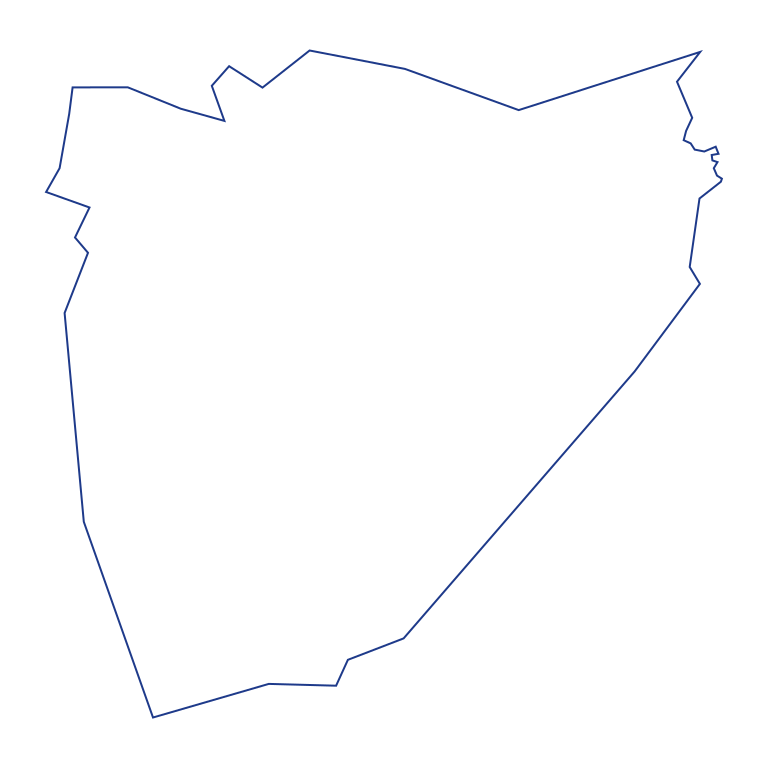 Van Buren, Tennessee, United States of America
{"feature_id": "52423323B15759213794066", "entity_name": "Van Buren", "entity_type": "district", "adm_level": 2, "iso_a3": "USA", "parent_name": "United States of America", "parent_adm1": "Tennessee", "projection": "albers", "projection_center": [-85.405, 35.678], "detail": "fine", "context": "isolated", "style": "outline", "palette": "blue", "viewbox_px": 768, "rotation_deg": 0, "n_neighbors": 0, "source": "geoboundaries", "source_scale": "gbopen_adm2", "svg_char_len": 649}
<svg xmlns="http://www.w3.org/2000/svg" viewBox="0 0 768 768"><path d="M403.6,638.4L634.6,371.5L699.9,283.9L689.7,267.0L699.5,198.5L720.9,181.7L721.9,178.7L717.0,175.6L713.8,168.2L717.5,162.1L712.4,160.4L711.7,155.0L718.5,153.8L715.7,146.7L704.3,151.5L694.7,149.6L690.7,143.4L683.7,140.2L686.1,130.9L692.2,117.8L677.0,81.7L700.2,51.9L518.7,110.1L404.9,68.9L309.6,50.5L262.5,87.6L229.1,66.2L211.8,85.8L224.4,120.9L180.7,108.7L127.7,87.3L72.6,87.4L69.2,113.9L59.6,168.2L46.1,192.0L89.5,207.5L75.0,237.5L88.0,252.8L64.6,313.0L83.8,521.8L153.0,717.5L268.8,683.9L336.1,685.7L347.9,659.8L403.6,638.4Z" fill="none" stroke="#1e3a8a" stroke-width="2"/></svg>